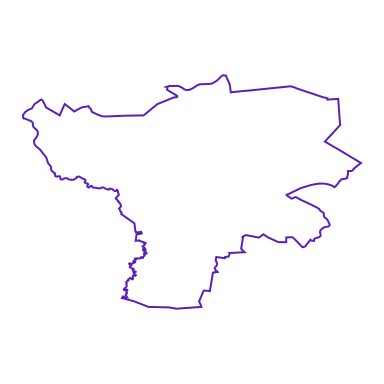 Jelgava, Jelgava, Latvia
{"feature_id": "27541924B72876713406332", "entity_name": "Jelgava", "entity_type": "district", "adm_level": 2, "iso_a3": "LVA", "parent_name": "Latvia", "parent_adm1": "Jelgava", "projection": "robinson", "projection_center": [23.697, 56.644], "detail": "fine", "context": "isolated", "style": "outline", "palette": "violet", "viewbox_px": 384, "rotation_deg": 0, "n_neighbors": 0, "source": "geoboundaries", "source_scale": "gbopen_adm2", "svg_char_len": 5924}
<svg xmlns="http://www.w3.org/2000/svg" viewBox="0 0 384 384"><path d="M226.1,75.7L223.7,75.3L222.8,75.4L222.1,75.7L220.8,76.7L218.1,79.6L216.3,81.0L214.2,82.3L212.2,83.4L211.3,83.7L208.7,84.0L201.4,84.2L199.2,84.5L197.6,85.1L192.7,88.3L189.9,89.6L189.0,89.9L187.0,90.1L184.9,89.6L183.8,89.0L181.1,87.1L178.8,86.2L177.7,86.0L176.2,85.9L173.0,86.1L169.5,85.9L166.3,87.0L167.6,87.4L167.5,88.0L166.9,89.2L166.9,89.4L167.4,90.0L176.3,95.3L177.2,96.0L177.3,96.7L176.3,97.2L173.9,97.4L157.4,104.1L143.6,115.4L125.0,115.7L105.7,116.5L102.1,116.3L97.6,114.6L92.0,111.9L90.5,108.4L89.1,107.5L88.6,106.2L81.7,107.4L74.2,111.5L68.4,106.8L64.7,104.1L60.1,114.4L59.8,115.4L46.0,107.4L45.7,106.5L42.5,100.3L41.2,99.5L34.4,104.2L31.8,108.5L28.4,109.8L25.1,112.1L23.0,115.1L23.3,118.3L25.4,118.8L31.4,121.3L32.5,122.4L32.9,123.5L32.9,125.1L33.4,126.8L34.7,128.3L36.3,129.6L37.2,130.7L37.7,131.9L37.9,133.2L37.8,134.4L37.4,135.7L36.5,137.1L34.5,139.7L34.1,140.6L34.0,141.8L34.5,144.1L35.1,145.1L36.4,146.6L40.1,149.6L43.5,154.1L45.7,156.7L46.4,157.8L47.8,162.4L48.3,163.4L49.4,164.8L50.5,165.9L50.8,166.4L51.1,167.4L51.0,169.2L51.8,170.8L54.0,172.8L54.5,173.1L54.6,173.7L55.0,173.6L55.2,174.6L55.2,175.9L56.4,176.6L57.3,176.6L59.0,176.2L59.5,176.2L59.9,176.3L60.2,176.7L60.5,179.0L61.0,179.5L61.5,179.6L62.5,179.5L63.5,178.7L64.1,178.5L65.4,178.2L66.4,178.2L67.0,178.3L69.1,179.5L71.4,179.8L72.9,179.8L74.3,179.4L75.3,178.6L76.2,178.3L76.7,177.6L76.7,177.0L78.5,176.5L78.9,176.6L81.0,177.5L82.3,178.5L84.2,179.1L85.3,179.8L85.5,180.1L85.4,180.8L85.1,181.4L84.7,181.9L84.7,182.3L84.8,182.5L86.3,183.4L87.5,183.5L88.0,183.8L88.1,184.4L87.5,185.5L87.3,186.4L88.0,187.3L88.6,187.5L89.1,187.3L89.9,186.8L90.4,186.2L91.3,185.8L91.7,185.9L92.5,187.2L93.0,187.5L93.6,187.7L94.5,187.6L98.2,188.3L99.9,188.3L100.9,188.1L101.9,187.5L102.7,187.4L103.8,187.7L106.6,189.2L108.7,189.6L109.0,189.6L109.5,188.7L111.8,188.8L113.9,190.5L115.0,191.0L115.7,191.0L116.2,190.7L117.0,189.7L117.3,189.9L118.8,194.6L118.8,194.9L115.8,198.1L115.9,198.7L117.0,199.6L118.0,201.4L118.4,201.2L120.7,204.7L121.0,206.4L119.0,208.5L119.6,209.2L119.6,209.4L120.6,211.5L121.3,212.9L121.5,212.9L121.2,214.0L134.4,223.3L135.4,231.1L135.9,232.3L139.1,232.2L141.0,231.8L141.5,232.8L141.7,233.5L141.2,233.7L136.6,234.3L135.6,240.8L139.2,240.4L139.4,240.9L140.4,241.1L143.7,242.3L143.2,242.4L143.7,242.9L145.1,243.4L144.8,243.7L145.0,244.3L144.5,244.8L143.7,245.6L143.0,246.0L142.6,246.6L144.0,247.4L145.1,248.5L145.2,248.8L144.8,248.9L143.2,249.0L143.0,249.5L143.0,249.9L143.1,250.0L145.0,249.8L145.3,249.9L145.5,250.2L145.3,250.6L144.2,250.7L143.9,251.0L144.2,251.3L145.6,251.6L146.0,252.6L146.6,253.0L146.7,253.3L146.6,253.5L146.0,253.6L145.5,253.1L145.2,252.9L144.2,253.2L144.0,253.6L144.2,254.4L144.7,255.3L144.2,256.0L143.7,256.4L143.2,256.9L142.9,257.9L142.5,257.8L141.9,257.2L141.5,257.2L141.0,257.3L141.0,257.8L140.6,258.4L138.4,258.3L137.5,258.4L135.3,258.5L136.0,259.6L135.9,259.7L135.1,259.6L134.8,259.8L134.7,260.1L134.0,260.5L133.5,261.3L133.5,261.6L135.1,261.8L135.1,262.3L134.9,262.4L132.1,263.7L129.4,263.4L129.1,263.7L129.1,263.9L129.5,264.2L131.0,264.8L131.4,265.0L131.4,265.4L130.3,265.9L130.0,266.3L129.9,266.7L130.1,266.8L129.9,267.2L130.0,267.4L130.8,267.7L131.5,268.3L132.6,268.5L133.7,269.1L133.5,269.5L132.7,270.2L132.9,270.8L133.2,271.1L135.3,271.5L135.7,271.9L135.5,272.1L135.2,272.1L134.5,271.9L134.0,271.9L133.6,272.3L133.6,272.7L134.1,273.9L134.6,274.3L135.5,274.6L135.8,274.9L135.9,275.4L135.4,275.8L133.8,275.4L133.4,275.4L132.8,275.7L132.7,275.9L133.0,278.7L132.5,279.3L131.7,279.2L130.3,277.9L128.2,279.4L128.1,279.9L128.4,280.5L127.3,280.9L126.5,281.6L126.4,281.9L126.2,282.7L126.5,282.8L126.7,283.4L126.6,284.3L126.4,284.6L126.7,285.5L126.7,286.2L126.5,286.7L125.6,287.7L124.4,288.5L123.8,289.4L124.1,290.1L126.7,289.6L127.3,289.9L127.4,290.3L126.2,291.8L126.1,292.0L126.2,292.3L126.9,292.8L127.0,293.1L127.0,293.3L126.0,294.4L125.7,295.1L126.4,296.2L126.2,296.1L126.5,296.8L126.5,297.4L126.5,297.8L126.1,298.1L125.5,298.3L125.1,298.2L124.5,297.3L123.6,296.5L123.3,296.4L123.0,296.5L122.6,296.9L122.6,297.4L122.2,297.7L122.0,298.0L133.4,301.1L138.4,303.0L139.9,303.5L148.4,306.9L169.0,307.4L176.6,308.7L201.4,306.9L200.1,303.5L199.1,301.4L203.7,290.6L208.5,290.9L209.9,291.1L212.9,272.7L214.4,272.5L214.5,272.2L215.1,272.3L217.6,272.0L217.2,271.4L216.3,271.0L215.9,270.7L214.7,268.4L214.9,267.6L215.5,266.8L216.4,266.2L216.8,265.1L217.0,264.1L216.7,262.0L215.8,260.8L215.7,260.2L215.9,259.5L216.3,257.0L224.8,258.2L225.1,257.0L228.6,256.6L228.6,256.2L230.0,253.2L229.8,253.0L244.6,252.2L241.2,248.8L243.0,237.2L242.5,237.1L242.6,236.7L246.0,235.1L258.9,237.6L263.4,234.3L268.0,237.4L278.3,242.1L286.2,242.2L286.3,237.4L291.8,237.2L293.2,237.7L302.5,247.2L303.5,247.1L305.5,246.3L306.2,245.0L307.6,243.4L310.4,239.7L311.4,240.5L313.1,240.8L314.1,240.9L314.2,239.6L314.5,238.8L316.1,237.9L318.0,237.6L318.9,237.3L319.8,236.7L320.4,236.0L320.6,235.1L320.6,234.7L320.1,232.7L320.0,232.1L320.3,230.8L320.5,230.3L321.9,228.9L323.9,227.4L325.2,227.0L327.9,226.6L328.7,226.3L329.0,226.1L329.5,225.4L329.7,224.6L328.2,221.2L327.1,219.5L326.1,218.5L324.5,217.2L324.0,216.3L323.8,215.7L323.9,214.0L323.7,213.1L322.9,212.4L320.5,210.9L319.2,209.0L317.7,208.0L310.9,204.5L301.0,199.9L296.0,197.2L295.1,197.2L294.1,197.6L292.3,198.5L291.5,198.6L290.8,198.2L289.3,197.0L287.5,196.0L286.6,194.8L289.3,193.7L300.1,188.4L304.9,186.8L311.5,184.9L315.6,184.1L319.4,183.6L324.0,183.6L328.0,184.3L331.8,185.5L334.5,187.2L336.0,185.8L337.9,183.6L339.3,181.6L341.3,179.4L346.2,178.5L347.1,178.0L347.0,177.4L347.8,175.1L348.0,172.9L347.9,171.1L351.6,171.0L353.6,169.5L353.6,168.8L361.0,163.0L338.8,149.7L324.9,141.6L340.3,124.9L340.0,123.7L338.2,98.9L327.4,99.6L327.5,98.3L327.2,98.2L322.0,96.9L296.1,88.2L295.8,87.9L290.6,86.3L262.8,89.1L246.8,90.8L246.4,90.7L230.8,92.3L230.0,86.3L229.5,83.8L226.1,76.3L226.1,75.7Z" fill="none" stroke="#5b21b6" stroke-width="2"/></svg>